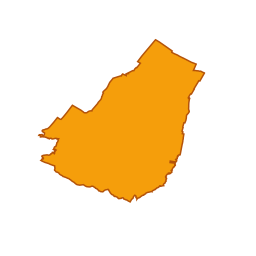 the district of Candesti, Neamt, Romania, rotated 335°
{"feature_id": "2599482B29672105595904", "entity_name": "Candesti", "entity_type": "district", "adm_level": 2, "iso_a3": "ROU", "parent_name": "Romania", "parent_adm1": "Neamt", "projection": "equal_earth", "projection_center": [26.554, 46.712], "detail": "fine", "context": "isolated", "style": "filled", "palette": "amber", "viewbox_px": 256, "rotation_deg": 335, "n_neighbors": 0, "source": "geoboundaries", "source_scale": "gbopen_adm2", "svg_char_len": 5690}
<svg xmlns="http://www.w3.org/2000/svg" viewBox="0 0 256 256"><g transform="rotate(335 128 128)"><path d="M98.7,195.9L101.1,194.2L102.7,193.9L103.7,192.8L105.1,192.0L105.8,191.8L106.5,193.3L105.9,193.9L106.0,194.4L106.0,195.0L106.4,195.4L106.0,196.3L107.0,195.7L108.2,195.9L109.5,195.9L110.2,195.6L112.7,195.2L113.8,195.5L114.2,195.4L114.4,195.1L114.7,195.1L116.1,195.1L116.8,194.6L117.6,194.6L118.8,194.7L120.7,195.2L122.2,195.4L122.4,195.6L122.7,195.8L122.7,195.6L123.2,195.5L123.8,195.2L125.1,195.3L126.0,195.0L126.7,195.3L127.3,194.9L128.4,194.8L128.8,194.5L130.5,194.7L131.4,194.3L132.2,194.3L132.2,194.0L132.5,193.8L132.9,194.0L133.0,194.2L133.0,194.6L133.3,194.7L135.5,195.1L136.0,195.4L136.1,195.2L135.9,194.8L136.3,194.1L137.3,193.6L138.1,193.6L139.1,192.7L139.9,192.3L139.7,192.1L140.5,191.2L140.6,190.8L141.2,190.5L141.1,190.3L141.7,189.9L141.7,189.6L141.4,189.3L141.6,188.8L141.3,188.6L141.3,188.3L141.5,188.0L141.9,188.0L142.0,187.7L142.5,187.7L142.7,187.1L143.1,187.0L143.3,186.8L143.9,186.5L144.1,186.5L144.9,186.7L145.2,186.5L145.5,186.0L146.0,186.1L145.9,186.3L146.3,186.8L146.1,187.0L146.4,187.1L146.6,187.0L146.4,186.7L146.5,186.6L146.9,186.7L147.1,187.0L147.3,187.1L147.6,186.8L148.2,186.8L149.2,186.5L149.3,185.9L149.2,185.3L149.5,185.2L149.2,185.0L149.2,184.7L150.4,184.4L151.4,183.4L152.3,183.0L152.8,182.9L152.9,182.6L153.2,182.7L153.7,182.6L154.4,182.0L155.1,181.8L155.3,181.6L155.3,181.4L154.8,181.4L154.7,181.2L154.8,180.9L156.1,179.7L154.2,178.8L151.5,177.1L152.3,175.8L155.5,178.0L157.0,178.9L157.2,178.6L157.8,178.6L157.8,178.3L157.9,178.2L158.3,178.1L158.5,177.9L158.6,177.6L158.5,177.4L158.0,176.9L157.9,176.7L158.3,176.5L159.3,176.6L159.7,176.5L160.3,175.1L160.6,175.0L160.9,175.1L161.0,174.9L161.3,174.8L161.1,174.4L161.2,174.2L162.6,173.9L163.0,174.0L163.5,174.4L163.8,174.0L164.1,174.0L164.4,173.7L170.3,165.5L170.7,165.1L172.0,163.3L172.8,161.9L173.4,161.3L173.9,160.3L175.5,157.9L176.1,157.1L174.8,156.1L176.1,154.8L176.1,154.6L175.6,153.9L175.6,153.7L178.1,150.8L177.9,150.6L178.0,150.3L180.9,146.9L181.7,147.4L183.6,145.6L185.1,143.6L185.8,142.2L186.6,141.1L188.9,140.1L190.3,139.2L190.6,138.5L190.8,137.0L191.1,136.1L192.0,134.4L192.6,133.1L193.8,130.8L195.7,128.0L196.2,127.5L195.5,127.0L196.2,126.5L195.5,126.0L195.6,125.9L197.7,124.4L199.2,123.5L199.8,124.0L204.4,120.8L204.2,120.5L212.2,115.1L213.0,115.8L220.5,110.5L220.4,110.2L220.0,109.8L219.3,109.1L217.9,107.2L216.8,106.8L215.8,105.9L214.5,105.2L213.4,104.4L212.6,104.0L211.6,103.5L216.8,98.9L216.7,98.7L216.3,98.5L215.3,97.3L213.2,95.2L209.6,90.5L205.0,84.8L203.6,82.7L201.5,80.4L199.6,77.9L199.8,77.5L200.6,76.9L192.8,63.4L190.3,59.7L189.9,59.8L170.6,68.8L164.8,71.9L166.6,74.5L161.4,77.1L161.1,76.7L159.4,77.2L157.5,78.5L156.5,78.0L149.9,78.2L150.3,78.6L149.0,78.3L148.5,79.7L146.0,76.8L145.1,77.1L144.1,78.0L143.6,77.7L135.4,76.6L135.0,76.9L130.8,78.9L128.3,80.9L128.1,81.1L127.3,81.8L125.0,83.3L123.9,83.5L123.3,83.8L121.3,84.4L120.4,84.9L120.3,85.2L120.5,86.0L119.2,86.8L118.4,87.9L117.4,88.5L116.7,89.6L115.4,90.7L112.3,92.0L111.5,92.4L111.0,92.9L106.4,95.0L103.9,96.1L102.9,96.6L102.6,97.2L101.0,96.5L99.7,96.3L98.1,96.5L97.3,96.7L96.5,96.6L95.1,95.9L94.5,95.2L94.3,94.6L92.9,92.0L87.2,83.9L79.1,88.2L73.9,90.7L71.0,91.9L70.0,91.2L68.6,88.8L68.5,88.7L62.9,91.5L57.3,94.0L55.9,94.4L55.2,94.6L54.1,94.5L53.0,94.2L51.5,94.2L50.0,93.8L49.3,94.0L49.0,94.3L48.9,94.5L49.2,95.1L49.3,95.8L50.2,96.9L50.3,97.3L49.3,98.7L48.5,99.1L47.5,98.6L47.5,98.3L47.4,97.6L45.9,97.2L44.8,96.6L44.2,97.0L45.6,97.6L45.3,98.3L44.8,99.0L45.0,99.2L45.3,99.4L45.7,99.3L46.4,99.5L46.9,99.9L49.0,101.1L49.4,101.6L49.8,101.7L50.1,102.3L50.9,103.0L51.1,103.6L51.7,103.7L52.0,104.6L52.3,104.6L52.7,104.4L53.7,104.6L54.1,104.9L54.5,105.9L55.6,106.2L56.1,106.4L57.2,106.5L57.6,106.7L58.2,106.8L59.4,107.7L59.2,108.1L59.5,108.1L59.8,108.4L60.1,108.2L60.6,108.4L59.7,109.1L59.5,109.8L59.0,110.1L58.6,110.7L58.3,110.9L57.3,111.3L56.1,113.0L55.7,113.1L55.4,113.5L55.4,113.8L54.7,114.2L54.0,114.1L53.3,114.2L51.6,115.8L51.3,115.9L51.7,116.4L53.0,116.6L53.2,116.9L52.7,117.3L53.3,117.7L53.1,117.8L52.6,117.5L52.4,117.9L52.1,117.9L52.0,118.0L51.7,118.0L51.5,118.4L51.3,118.7L51.5,118.8L51.1,119.1L50.7,120.0L50.3,120.2L50.2,120.0L50.1,119.6L50.9,118.9L50.9,118.7L50.4,118.6L50.0,118.8L49.6,118.8L49.1,118.1L48.1,118.9L47.4,119.0L47.2,118.8L45.7,119.4L44.4,119.0L43.6,118.3L42.7,117.9L42.1,117.8L41.3,117.4L40.7,117.4L39.8,117.0L39.1,117.1L38.8,116.9L38.0,117.1L38.0,117.3L38.3,117.7L38.1,118.2L38.2,118.6L37.9,118.9L38.5,119.2L38.6,119.6L37.9,120.2L37.6,120.0L37.1,119.9L35.5,120.6L36.0,120.9L36.2,121.6L36.1,121.9L36.6,122.2L38.2,124.1L41.0,126.6L42.1,128.0L45.0,130.9L45.5,131.2L44.7,133.8L43.7,134.9L43.6,135.4L44.0,136.1L44.2,137.2L44.4,137.5L45.6,138.5L46.3,139.7L46.5,140.9L47.1,142.0L48.0,143.1L48.5,144.0L48.6,144.5L49.4,145.1L50.0,145.8L50.7,146.4L52.1,148.1L53.0,148.9L53.4,149.8L54.0,150.6L54.6,152.1L55.6,153.7L56.1,154.3L56.7,155.8L57.5,157.4L58.4,158.2L60.1,159.4L63.6,160.5L64.8,162.5L65.8,163.7L68.1,165.1L69.1,165.4L70.3,165.4L71.1,165.7L71.7,166.1L71.8,166.3L72.1,166.7L72.2,167.1L72.7,167.8L73.0,168.0L73.1,168.9L74.1,169.8L74.2,170.4L74.5,170.7L74.8,171.9L75.1,172.3L75.0,172.5L75.3,172.6L76.2,174.0L78.0,175.1L78.4,175.2L80.2,174.6L81.9,174.6L82.7,175.0L83.9,175.1L84.0,175.2L83.9,175.3L84.0,175.5L84.3,175.8L84.2,176.1L84.5,178.5L84.5,179.1L84.9,180.6L85.3,181.5L86.5,182.9L86.6,184.1L86.9,184.4L87.8,184.7L88.1,185.2L88.8,185.9L89.0,186.2L89.3,186.9L89.3,187.5L89.7,188.1L90.8,188.5L91.2,188.5L91.7,188.8L92.2,188.9L93.0,188.8L93.9,189.1L94.1,189.3L94.2,190.2L94.2,190.6L94.4,190.8L94.7,191.0L95.4,191.9L96.4,192.7L97.3,194.1L98.7,195.9Z" fill="#f59e0b" stroke="#b45309" stroke-width="1.5"/></g></svg>